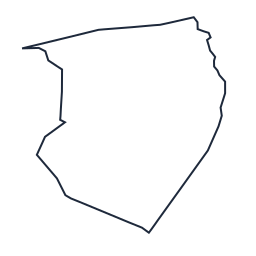 Quipapá, Pernambuco, Brazil (Albers equal-area conic projection), rotated 266°
{"feature_id": "56859067B62016250884699", "entity_name": "Quipapá", "entity_type": "district", "adm_level": 2, "iso_a3": "BRA", "parent_name": "Brazil", "parent_adm1": "Pernambuco", "projection": "albers", "projection_center": [-36.015, -8.831], "detail": "fine", "context": "isolated", "style": "outline", "palette": "slate", "viewbox_px": 256, "rotation_deg": 266, "n_neighbors": 0, "source": "geoboundaries", "source_scale": "gbopen_adm2", "svg_char_len": 796}
<svg xmlns="http://www.w3.org/2000/svg" viewBox="0 0 256 256"><g transform="rotate(266 128 128)"><path d="M133.7,222.4L141.9,221.8L152.3,225.9L155.9,227.3L167.5,228.1L174.3,222.9L179.2,221.2L183.3,218.2L189.1,218.5L192.8,219.9L196.3,217.6L199.5,215.3L204.6,214.3L210.3,213.0L212.6,216.7L217.3,215.1L219.2,210.2L221.8,204.4L228.7,204.7L233.9,201.3L230.0,176.2L228.7,167.1L228.7,161.1L228.3,139.5L228.1,111.5L228.0,105.4L222.4,73.0L214.8,27.9L214.1,44.6L210.3,50.9L201.0,53.2L194.9,61.1L191.0,66.3L168.8,64.6L151.3,62.3L144.7,61.5L140.9,60.9L138.1,65.5L125.0,44.6L119.2,41.5L107.6,35.2L82.7,53.6L65.3,60.9L61.7,66.2L57.5,74.8L33.9,122.1L27.6,135.0L22.1,141.5L25.6,144.5L30.8,148.8L33.9,151.3L65.7,177.7L100.0,206.1L123.3,218.4L133.7,222.4Z" fill="none" stroke="#1e293b" stroke-width="2"/></g></svg>